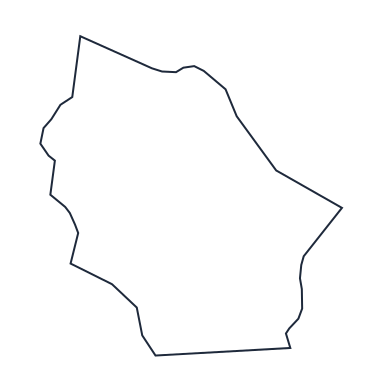 Vojnik, orthographic projection, rotated 177°
{"feature_id": "SVN-223", "entity_name": "Vojnik", "entity_type": "Municipality", "adm_level": 1, "iso_a3": "SVN", "parent_name": "Slovenia", "parent_adm1": "", "projection": "orthographic", "projection_center": [15.32, 46.313], "detail": "fine", "context": "isolated", "style": "outline", "palette": "slate", "viewbox_px": 384, "rotation_deg": 177, "n_neighbors": 0, "source": "natural_earth", "source_scale": "10m", "svg_char_len": 605}
<svg xmlns="http://www.w3.org/2000/svg" viewBox="0 0 384 384"><g transform="rotate(177 192 192)"><path d="M102.0,31.1L237.0,30.6L249.2,51.4L253.2,79.5L276.7,104.1L317.0,126.9L307.8,157.0L310.5,165.5L315.1,177.4L319.4,183.7L333.6,196.7L327.3,230.5L333.3,235.8L340.9,248.2L336.9,263.6L328.7,272.0L318.8,286.0L306.6,293.1L295.4,353.4L225.5,317.6L215.6,313.9L201.7,312.5L194.1,316.6L183.2,317.6L173.9,312.3L153.1,292.8L143.4,265.3L106.8,209.1L43.1,168.3L83.8,122.0L86.7,113.4L88.7,100.2L87.4,89.3L88.1,69.8L92.4,59.9L102.0,50.7L105.6,45.8L102.0,31.1Z" fill="none" stroke="#1e293b" stroke-width="2"/></g></svg>